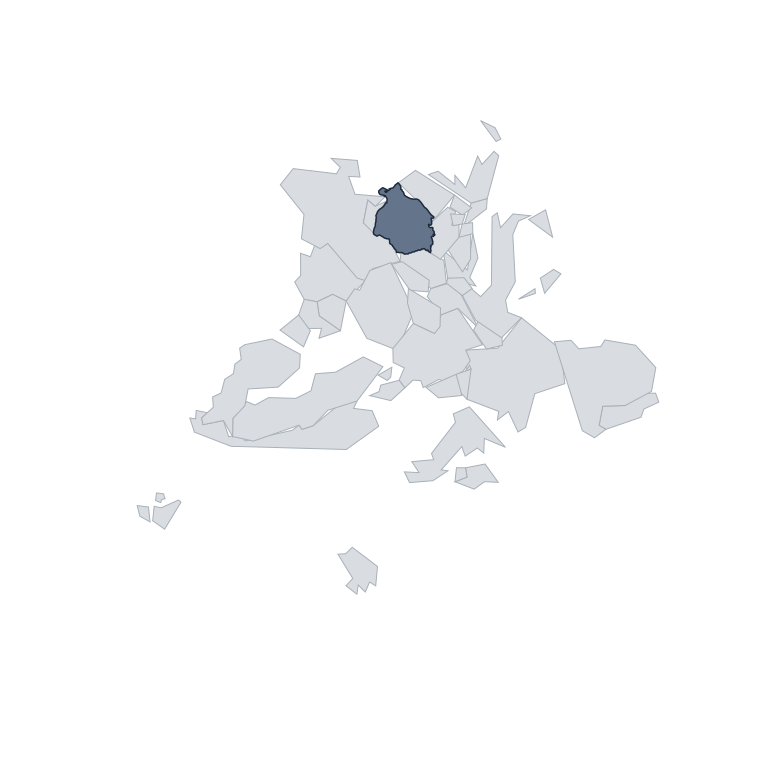 Romania highlighted on a map of Europe, rotated 223°
{"feature_id": "ROU", "entity_name": "Romania", "entity_type": "country or territory", "adm_level": 0, "iso_a3": "ROU", "parent_name": "Europe", "parent_adm1": "", "projection": "orthographic", "projection_center": [24.529, 45.967], "detail": "fine", "context": "in_parent", "style": "filled", "palette": "slate", "viewbox_px": 768, "rotation_deg": 223, "n_neighbors": 37, "source": "natural_earth", "source_scale": "50m", "svg_char_len": 10718}
<svg xmlns="http://www.w3.org/2000/svg" viewBox="0 0 768 768"><g transform="rotate(223 384 384)"><path d="M445.4,128.2L459.9,126.2L468.7,137.8L462.5,141.5L455.2,159.0L451.9,159.1L445.4,128.2ZM503.3,236.6L493.1,242.8L494.3,234.9L488.7,230.8L476.5,247.8L461.6,239.5L455.0,249.9L446.8,247.6L419.5,287.6L418.1,295.9L413.0,295.0L407.4,305.1L402.6,339.9L392.1,353.2L389.6,345.4L374.5,356.4L359.0,349.5L366.9,310.4L453.4,234.1L489.8,219.5L502.9,226.7L498.0,230.0L503.3,236.6ZM481.6,126.8L472.3,133.4L461.1,123.6L472.4,120.8L481.6,126.8ZM476.1,149.2L470.3,153.3L465.8,150.7L467.8,148.2L466.5,144.9L471.6,143.0L476.1,149.2Z" fill="#d9dde1" stroke="#a8b0b8" stroke-width="1"/><path d="M312.9,429.4L347.3,464.5L325.2,487.8L328.6,526.2L278.3,529.8L252.0,507.6L267.1,479.8L250.8,448.8L253.3,440.3L274.2,448.7L276.5,435.0L281.4,442.2L312.9,429.4ZM335.1,553.5L343.5,537.7L338.6,556.7L335.1,553.5Z" fill="#d9dde1" stroke="#a8b0b8" stroke-width="1"/><path d="M392.1,353.2L407.1,326.6L407.4,305.1L413.0,295.0L418.1,295.9L440.6,253.2L458.9,242.3L471.1,255.8L472.5,277.5L464.0,280.6L459.1,295.4L438.7,313.3L432.8,329.2L441.1,344.7L427.5,359.6L417.6,389.7L396.6,395.9L392.1,353.2Z" fill="#d9dde1" stroke="#a8b0b8" stroke-width="1"/><path d="M500.1,391.5L518.9,397.7L518.9,406.5L534.2,422.7L524.6,426.9L529.3,438.2L521.0,448.4L468.1,446.9L468.2,418.9L482.7,414.5L489.0,398.5L500.1,391.5Z" fill="#d9dde1" stroke="#a8b0b8" stroke-width="1"/><path d="M563.7,512.6L576.5,513.0L556.0,529.3L542.7,519.0L551.5,511.7L534.6,503.0L510.8,521.7L511.6,507.9L521.3,507.5L509.0,487.8L478.3,493.2L456.0,484.7L470.9,460.8L468.1,446.9L475.8,443.2L521.0,448.4L523.0,439.5L543.4,433.9L558.1,453.4L595.7,459.0L597.3,479.6L562.2,505.2L563.7,512.6Z" fill="#d9dde1" stroke="#a8b0b8" stroke-width="1"/><path d="M468.2,418.9L470.3,433.6L465.8,436.0L471.8,457.4L461.7,477.5L411.6,457.5L400.0,425.2L401.7,416.0L427.7,405.7L468.2,418.9Z" fill="#d9dde1" stroke="#a8b0b8" stroke-width="1"/><path d="M414.9,485.7L405.3,502.2L393.7,503.9L353.3,489.3L381.6,489.6L389.3,473.5L411.9,477.4L414.9,485.7Z" fill="#d9dde1" stroke="#a8b0b8" stroke-width="1"/><path d="M456.0,484.7L460.9,491.3L446.4,509.7L424.5,515.2L407.1,500.3L414.9,485.7L456.0,484.7Z" fill="#d9dde1" stroke="#a8b0b8" stroke-width="1"/><path d="M492.4,487.2L509.0,487.8L521.3,507.5L511.6,507.9L506.9,519.7L505.3,503.7L492.4,487.2Z" fill="#d9dde1" stroke="#a8b0b8" stroke-width="1"/><path d="M489.0,398.5L482.7,414.5L468.2,418.9L452.2,393.2L477.8,389.6L489.0,398.5Z" fill="#d9dde1" stroke="#a8b0b8" stroke-width="1"/><path d="M493.5,376.3L500.1,391.5L489.0,398.5L477.8,389.6L452.2,393.2L462.7,373.1L467.6,382.1L479.7,370.7L493.5,376.3Z" fill="#d9dde1" stroke="#a8b0b8" stroke-width="1"/><path d="M496.8,352.5L493.5,376.3L474.2,372.8L468.2,356.3L496.8,352.5Z" fill="#d9dde1" stroke="#a8b0b8" stroke-width="1"/><path d="M401.7,416.0L403.8,448.3L381.5,455.5L389.3,473.5L381.6,489.6L338.8,479.9L347.3,464.5L336.9,459.9L335.0,448.0L339.7,427.7L346.9,424.8L352.9,408.1L359.4,411.5L365.4,406.7L366.1,395.4L375.5,397.0L380.1,409.6L391.9,406.0L401.7,416.0Z" fill="#d9dde1" stroke="#a8b0b8" stroke-width="1"/><path d="M459.4,535.3L461.8,540.3L510.7,541.0L506.7,561.7L461.3,570.3L459.4,535.3Z" fill="#d9dde1" stroke="#a8b0b8" stroke-width="1"/><path d="M493.0,642.5L477.5,647.2L465.6,642.8L467.5,637.8L493.0,642.5ZM443.6,575.7L494.3,567.5L489.6,576.5L468.2,578.2L474.5,585.0L458.1,583.2L470.9,614.6L462.1,611.3L462.2,629.2L455.8,629.2L434.9,589.9L443.6,575.7Z" fill="#d9dde1" stroke="#a8b0b8" stroke-width="1"/><path d="M443.6,575.7L434.9,589.9L428.5,582.0L433.1,552.9L443.6,575.7Z" fill="#d9dde1" stroke="#a8b0b8" stroke-width="1"/><path d="M409.6,504.8L432.0,522.0L400.7,524.3L421.6,554.6L401.3,540.3L393.9,520.4L383.6,518.3L409.6,504.8Z" fill="#d9dde1" stroke="#a8b0b8" stroke-width="1"/><path d="M355.2,484.4L359.0,498.0L332.5,501.3L323.8,493.1L332.9,479.5L355.2,484.4Z" fill="#d9dde1" stroke="#a8b0b8" stroke-width="1"/><path d="M333.0,447.9L334.1,456.0L330.5,454.3L333.0,447.9Z" fill="#d9dde1" stroke="#a8b0b8" stroke-width="1"/><path d="M337.8,440.3L330.5,454.3L312.9,429.4L331.4,430.3L337.8,440.3Z" fill="#d9dde1" stroke="#a8b0b8" stroke-width="1"/><path d="M351.0,410.2L337.8,440.3L319.2,428.7L334.7,411.1L351.0,410.2Z" fill="#d9dde1" stroke="#a8b0b8" stroke-width="1"/><path d="M190.8,502.2L198.4,500.4L208.9,516.9L193.0,532.7L190.6,551.7L179.1,562.5L170.7,558.2L176.9,542.9L173.4,535.1L190.8,502.2Z" fill="#d9dde1" stroke="#a8b0b8" stroke-width="1"/><path d="M183.3,561.0L193.0,532.7L208.9,516.9L198.4,500.4L190.8,502.2L193.4,488.2L207.0,485.1L288.2,531.1L277.0,543.5L265.6,542.6L251.0,559.3L252.5,566.9L226.5,583.9L196.4,581.4L183.3,561.0Z" fill="#d9dde1" stroke="#a8b0b8" stroke-width="1"/><path d="M267.2,378.3L255.5,394.4L233.4,390.0L243.9,381.1L246.3,368.6L265.4,360.9L259.8,372.6L267.2,378.3Z" fill="#d9dde1" stroke="#a8b0b8" stroke-width="1"/><path d="M360.5,493.2L387.0,502.1L386.6,513.2L372.9,513.8L372.8,529.5L419.1,580.1L417.9,586.5L405.4,577.8L405.6,596.4L391.7,606.9L396.8,594.8L391.7,581.1L357.7,548.3L352.3,528.2L342.3,520.8L328.6,526.2L329.6,498.0L360.5,493.2ZM360.8,606.4L390.5,602.9L384.6,621.6L360.8,606.4ZM328.4,559.9L341.9,568.1L338.1,583.5L329.7,585.2L328.4,559.9Z" fill="#d9dde1" stroke="#a8b0b8" stroke-width="1"/><path d="M375.5,397.0L366.1,395.4L367.7,376.5L386.6,365.7L382.4,375.1L385.6,380.9L375.5,397.0ZM394.4,386.5L389.7,401.6L383.9,393.8L384.0,388.8L394.4,386.5Z" fill="#d9dde1" stroke="#a8b0b8" stroke-width="1"/><path d="M267.2,378.3L259.8,372.6L265.4,360.9L273.9,372.2L267.2,378.3ZM284.4,391.3L283.6,360.2L278.1,364.1L282.3,346.6L298.1,329.3L309.2,333.6L297.9,343.1L310.7,346.2L296.0,362.6L301.9,365.6L305.6,404.7L313.0,409.4L306.0,425.5L252.0,420.5L273.5,412.6L263.9,401.5L272.1,400.8L275.4,386.6L284.4,391.3Z" fill="#d9dde1" stroke="#a8b0b8" stroke-width="1"/><path d="M301.6,228.1L296.2,233.8L295.9,242.9L264.3,246.1L252.4,230.7L259.5,229.4L255.8,219.1L265.7,219.4L260.5,211.8L274.2,210.5L274.2,220.5L301.6,228.1Z" fill="#d9dde1" stroke="#a8b0b8" stroke-width="1"/><path d="M387.0,502.1L407.1,500.3L409.6,504.8L398.0,516.3L384.6,514.0L387.0,502.1Z" fill="#d9dde1" stroke="#a8b0b8" stroke-width="1"/><path d="M494.3,234.9L493.0,250.6L500.5,257.6L497.0,266.3L503.7,278.8L501.2,288.8L506.6,296.9L505.2,304.6L514.0,311.8L512.6,317.9L496.6,340.5L465.5,348.6L456.7,338.1L459.3,309.5L480.0,287.7L470.9,273.1L471.1,255.8L458.9,242.3L476.5,247.8L488.7,230.8L494.3,234.9Z" fill="#d9dde1" stroke="#a8b0b8" stroke-width="1"/><path d="M460.0,476.8L454.3,485.8L421.6,490.7L414.6,481.5L428.8,470.3L460.0,476.8Z" fill="#d9dde1" stroke="#a8b0b8" stroke-width="1"/><path d="M403.8,448.3L422.0,459.2L431.2,470.4L394.6,478.2L382.2,464.3L381.5,455.5L403.8,448.3Z" fill="#d9dde1" stroke="#a8b0b8" stroke-width="1"/><path d="M422.7,552.6L405.8,534.3L403.0,519.5L431.5,526.5L431.3,542.1L422.7,552.6Z" fill="#d9dde1" stroke="#a8b0b8" stroke-width="1"/><path d="M456.4,558.3L461.3,570.3L439.9,572.6L441.9,561.0L456.4,558.3Z" fill="#d9dde1" stroke="#a8b0b8" stroke-width="1"/><path d="M427.8,513.6L439.6,511.7L459.9,531.2L457.9,556.7L449.2,559.0L443.0,546.4L437.8,551.7L429.2,542.5L427.8,513.6Z" fill="#d9dde1" stroke="#a8b0b8" stroke-width="1"/><path d="M436.0,554.3L429.3,562.4L421.6,554.6L429.2,542.5L436.0,554.3Z" fill="#d9dde1" stroke="#a8b0b8" stroke-width="1"/><path d="M440.2,563.3L436.0,554.3L441.4,547.0L451.2,553.8L440.2,563.3Z" fill="#d9dde1" stroke="#a8b0b8" stroke-width="1"/><path d="M506.8,520.1L507.7,521.3L508.9,521.9L511.6,522.5L511.8,522.4L511.6,522.1L511.6,521.9L511.7,521.6L512.0,521.5L512.6,521.8L513.8,521.3L515.4,520.2L516.9,519.9L518.3,520.5L519.0,521.1L519.5,521.7L519.5,522.5L519.4,523.0L519.2,525.1L519.0,525.9L518.6,526.8L514.3,528.1L514.6,527.6L514.4,526.7L514.2,526.1L514.6,525.5L513.6,525.3L513.2,525.7L512.9,526.2L513.2,527.5L512.8,528.3L512.6,528.7L512.7,529.7L512.4,530.1L512.4,530.5L513.1,530.4L512.8,531.2L511.6,532.9L511.1,533.9L511.5,537.6L511.0,539.9L511.0,540.6L509.6,540.6L509.1,540.6L507.8,540.3L506.3,539.8L505.3,538.7L504.7,537.9L503.5,538.3L503.2,538.2L502.9,537.8L501.9,537.6L500.7,537.6L498.1,536.2L497.8,536.0L495.7,536.3L492.6,537.1L490.3,538.1L487.8,539.8L486.8,541.1L485.7,541.8L484.1,542.3L481.1,542.1L478.0,541.5L474.7,540.8L473.0,541.2L470.6,540.9L466.9,540.1L464.3,539.8L461.6,540.2L461.1,539.8L461.1,539.4L461.2,538.8L461.6,538.4L462.2,538.0L462.5,537.7L462.6,537.3L461.9,536.7L460.4,535.8L459.8,535.3L459.7,535.2L459.7,534.7L459.4,534.3L458.8,534.1L458.4,533.6L458.1,532.9L458.2,532.2L458.6,531.6L459.2,531.4L459.9,531.5L460.2,531.3L460.1,530.9L459.4,530.3L458.2,529.6L456.9,529.9L455.6,531.3L454.6,531.5L454.1,530.5L453.1,529.9L451.7,529.7L450.8,529.3L450.5,528.8L449.9,528.3L448.5,527.8L448.5,527.4L449.2,527.3L449.9,527.2L450.0,527.0L450.0,526.8L449.5,526.5L449.0,526.3L448.7,526.1L448.5,525.9L448.5,525.6L448.9,525.5L449.1,525.4L449.2,524.9L449.5,524.5L449.7,524.3L449.7,524.0L449.5,523.7L449.3,523.4L448.8,523.3L447.5,522.8L446.9,522.1L446.5,522.1L445.9,521.7L445.2,521.2L444.6,520.4L444.0,519.9L443.8,519.7L444.0,519.3L444.0,519.1L443.8,518.3L444.0,517.5L444.0,516.8L444.0,516.5L443.9,516.4L443.8,516.5L443.6,516.6L443.4,516.6L443.0,516.1L442.4,515.0L442.1,514.6L441.3,514.0L440.6,513.6L440.2,512.7L439.7,511.9L440.1,511.7L442.0,511.3L442.9,511.8L443.3,511.7L443.7,511.4L443.9,511.1L444.0,510.8L444.2,510.5L444.8,510.4L446.5,510.6L447.2,510.2L447.5,509.9L447.6,509.4L447.8,508.9L448.4,508.7L448.5,508.2L448.4,507.8L448.8,506.7L449.0,506.3L449.3,506.2L449.8,505.9L450.5,505.2L450.4,504.6L450.5,504.2L451.3,503.1L451.9,502.1L451.9,501.6L452.0,501.2L452.5,500.7L453.1,500.1L453.8,498.1L454.1,497.8L454.6,497.4L454.9,497.0L455.0,495.7L455.3,495.3L455.9,494.9L456.5,494.3L457.0,493.5L457.4,493.1L457.9,493.0L458.5,492.7L459.1,492.6L459.6,492.8L460.0,492.7L460.6,492.3L462.0,490.9L462.2,490.6L462.5,490.4L463.7,489.9L464.0,489.4L464.4,488.9L464.9,489.0L466.5,490.1L468.3,490.1L468.7,490.1L468.8,490.1L469.0,490.2L471.3,490.8L471.7,490.8L471.8,490.7L472.8,491.2L473.6,491.1L474.4,490.8L475.2,490.7L476.0,490.9L476.6,491.6L478.1,492.9L478.6,493.5L479.3,493.4L480.0,493.1L480.8,492.2L483.2,491.1L485.0,490.8L486.8,490.4L488.8,490.0L489.4,489.1L489.7,488.5L489.9,487.4L491.0,487.1L492.0,486.9L492.4,486.7L493.2,486.6L493.8,486.7L494.7,487.2L495.3,487.9L495.6,488.4L496.2,489.2L496.8,490.2L497.5,491.6L497.7,492.3L497.9,493.1L498.4,494.0L499.4,495.0L499.5,495.2L500.0,495.9L500.8,497.5L501.5,498.2L502.1,498.8L502.5,499.5L502.9,500.2L503.9,501.0L504.8,501.7L505.5,504.0L506.0,505.0L506.3,505.8L506.3,507.4L506.5,508.0L506.2,509.3L505.6,511.9L505.5,513.9L505.7,514.9L505.8,515.6L505.9,516.1L506.2,517.0L506.2,517.8L506.0,518.0L505.7,518.2L505.5,518.4L505.9,518.7L506.3,519.4L506.8,520.1Z" fill="#64748b" stroke="#1e293b" stroke-width="1.5"/></g></svg>